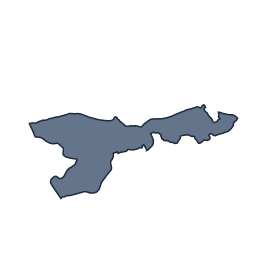 outline of Ovia North-East, Edo, Nigeria, rotated 235°
{"feature_id": "59680162B48615386953659", "entity_name": "Ovia North-East", "entity_type": "district", "adm_level": 2, "iso_a3": "NGA", "parent_name": "Nigeria", "parent_adm1": "Edo", "projection": "mercator", "projection_center": [5.497, 6.396], "detail": "fine", "context": "isolated", "style": "filled", "palette": "slate", "viewbox_px": 256, "rotation_deg": 235, "n_neighbors": 0, "source": "geoboundaries", "source_scale": "gbopen_adm2", "svg_char_len": 5435}
<svg xmlns="http://www.w3.org/2000/svg" viewBox="0 0 256 256"><g transform="rotate(235 128 128)"><path d="M105.4,197.2L105.6,196.7L105.9,196.0L106.2,195.2L106.4,194.4L106.8,193.2L107.6,190.6L108.0,189.5L108.5,188.8L108.8,187.2L109.5,186.0L109.5,184.1L109.9,182.7L110.4,181.1L110.8,179.4L111.1,177.8L112.0,174.0L112.3,172.4L112.7,170.2L113.7,167.0L114.2,165.6L114.7,164.1L115.6,162.3L116.3,160.9L117.2,159.6L117.9,158.5L119.5,156.0L120.3,154.9L121.7,152.5L122.1,151.8L122.1,151.2L122.1,150.4L122.3,149.1L122.2,147.5L122.1,146.8L122.1,145.7L122.1,144.4L121.9,142.4L121.5,141.2L121.3,140.3L121.5,139.2L121.9,138.7L123.0,137.8L123.1,137.7L124.1,136.8L125.2,135.9L125.8,135.1L125.5,134.9L126.2,134.0L126.8,133.3L127.7,132.4L128.0,132.1L128.5,130.9L128.9,129.8L129.7,128.5L131.0,127.2L132.0,126.9L133.2,126.7L134.5,126.3L135.9,125.9L137.3,125.6L138.3,125.2L139.6,125.2L140.6,125.0L141.5,124.6L142.2,124.8L143.0,124.9L143.9,124.5L144.4,124.2L144.6,123.7L144.3,122.6L143.8,121.7L143.4,121.2L143.4,120.6L143.4,119.7L143.8,118.5L144.1,117.7L144.5,116.8L145.2,116.1L145.7,115.4L146.4,114.5L146.9,113.9L147.8,112.8L149.0,111.6L151.1,109.2L152.2,108.2L152.7,107.8L157.7,103.6L158.8,102.7L159.8,101.8L161.8,100.7L163.5,99.4L164.9,98.5L165.2,98.3L166.3,97.6L167.9,96.0L168.8,94.9L170.0,92.9L171.6,90.7L173.0,89.1L173.8,87.5L174.0,85.8L175.1,83.1L175.8,80.9L176.1,80.0L177.2,77.1L178.4,75.2L178.8,73.4L179.2,72.5L179.4,71.9L180.2,70.4L180.7,68.4L181.1,66.9L181.6,65.3L182.3,63.9L183.2,63.0L183.7,60.8L184.2,59.5L184.9,55.2L186.1,53.7L186.9,52.7L188.2,49.8L185.9,49.3L183.8,48.9L182.0,48.6L180.6,48.4L177.6,47.7L175.0,47.0L174.1,47.0L173.2,47.6L172.9,48.1L172.2,49.0L171.3,49.9L170.2,51.0L169.4,51.6L168.0,52.1L166.4,52.9L165.2,52.9L163.6,53.6L160.4,55.3L159.8,55.8L158.9,56.7L158.0,57.6L157.5,58.7L155.7,61.8L149.7,63.2L149.5,63.3L148.9,63.4L148.4,63.2L147.5,62.7L146.4,62.0L146.1,61.7L145.5,61.1L143.7,59.7L143.0,59.7L141.5,59.9L139.7,60.6L138.3,61.9L137.4,62.7L136.9,63.1L135.1,64.8L133.9,66.0L133.1,66.9L132.4,68.0L131.3,68.0L130.8,67.5L130.3,66.4L129.0,64.8L128.7,63.7L128.4,63.0L128.6,60.8L128.4,58.7L128.8,56.6L128.5,55.7L128.4,54.7L128.0,53.6L127.3,51.8L126.4,50.4L126.2,49.9L125.7,48.8L125.4,48.5L125.1,47.3L124.9,46.8L124.9,46.1L124.9,44.5L125.5,43.6L126.0,42.8L126.9,42.3L128.0,42.1L128.9,41.9L129.4,41.6L130.3,40.5L130.5,38.7L130.1,35.8L129.6,35.1L129.2,34.5L128.5,33.8L127.2,33.1L125.7,33.0L123.7,32.8L108.7,32.6L109.1,34.6L108.5,35.9L108.0,36.7L107.7,38.3L107.7,39.0L106.3,41.0L105.6,42.6L104.9,44.6L104.2,46.3L104.0,47.2L103.5,48.1L103.0,49.9L102.6,51.3L102.1,52.2L101.6,53.5L101.6,54.6L100.2,56.6L99.5,57.3L98.3,58.4L97.0,59.1L96.2,60.2L95.6,60.9L94.6,62.4L93.7,64.7L93.5,65.6L94.1,68.2L94.2,68.5L94.6,69.6L95.5,70.8L96.5,72.3L97.6,73.5L98.1,74.4L99.0,75.7L99.5,77.5L99.9,78.9L100.6,81.1L101.1,82.3L101.7,83.8L101.7,84.1L102.0,85.2L102.6,87.0L103.1,89.5L103.6,90.4L104.5,91.5L105.4,92.0L106.3,92.4L106.6,92.5L107.1,92.7L108.7,93.4L109.4,93.8L110.1,94.1L111.0,95.7L111.2,96.4L112.1,98.4L112.8,99.3L113.8,100.2L115.3,100.9L115.6,101.6L115.8,102.0L115.4,102.5L114.6,105.4L113.9,105.2L113.3,105.4L112.8,105.4L112.6,106.3L112.5,107.1L112.3,108.1L111.8,109.0L111.2,110.1L110.9,111.2L110.7,112.1L110.0,112.8L110.0,113.6L110.0,114.3L110.6,115.5L110.0,116.3L109.5,116.8L108.8,117.4L108.1,118.4L107.2,119.5L106.7,120.3L106.5,121.3L106.1,122.1L105.8,122.6L105.3,124.6L105.2,125.4L105.0,126.6L104.5,127.4L104.0,127.5L103.9,128.3L104.1,129.0L105.0,129.3L105.4,129.5L105.3,130.9L105.2,131.3L103.7,131.2L103.2,131.2L102.4,131.2L99.7,130.8L99.2,130.7L98.9,130.3L98.6,131.5L98.5,131.9L99.0,133.1L98.9,133.9L99.2,135.2L99.5,136.8L99.7,137.6L99.9,138.4L100.4,139.2L100.8,139.7L101.7,140.5L102.5,141.1L102.9,141.4L103.5,141.9L103.8,142.0L104.5,142.1L105.7,142.4L106.6,142.7L107.2,142.7L107.5,142.8L108.7,143.0L110.4,143.4L110.3,143.9L110.2,144.3L110.1,145.0L110.1,145.7L110.1,146.3L109.5,146.8L108.5,147.3L107.7,148.3L106.8,150.1L105.7,150.4L105.3,150.5L104.2,150.7L103.8,151.2L103.2,151.0L103.0,150.6L102.6,150.3L101.9,150.3L101.3,150.0L100.2,149.7L99.7,150.1L99.2,149.7L98.3,150.2L97.8,150.3L97.4,150.2L97.0,150.4L96.7,151.3L96.3,151.3L95.9,151.5L95.8,152.2L95.2,153.0L94.3,153.3L93.7,153.9L92.8,154.1L92.2,154.4L91.5,155.1L90.7,156.1L88.9,157.3L88.0,158.2L87.8,158.7L87.5,159.6L87.9,160.5L88.3,161.6L88.8,162.5L89.0,163.7L89.7,164.8L90.1,165.2L90.7,165.7L91.0,166.2L91.1,166.7L91.0,167.3L90.8,168.0L90.7,168.4L90.5,168.7L90.3,169.2L90.0,169.4L89.6,170.7L88.7,171.9L87.7,173.4L86.3,174.5L85.4,174.7L84.0,176.1L83.7,177.0L83.1,177.4L82.2,177.2L81.8,177.0L80.5,176.8L79.1,177.1L76.8,177.1L75.2,177.0L74.3,178.1L74.2,179.4L74.2,180.7L74.2,181.4L74.5,181.9L74.5,183.0L74.0,184.1L73.4,184.7L72.2,186.0L71.8,188.3L72.7,189.5L74.2,190.0L75.8,190.1L76.1,191.1L75.9,192.5L75.1,193.2L73.4,193.7L72.4,194.3L72.0,194.6L71.6,195.0L71.2,197.1L70.6,199.2L70.0,200.8L69.2,203.1L68.6,205.7L67.8,208.3L68.1,211.5L68.9,214.1L69.4,215.4L70.8,216.8L71.8,217.5L72.1,221.5L72.5,222.2L73.1,223.4L76.2,222.8L78.8,221.3L80.9,218.4L82.8,216.6L84.5,215.1L85.8,213.8L87.5,212.8L89.1,211.1L86.5,210.0L85.5,208.6L84.8,208.3L83.0,208.6L82.8,207.2L83.0,206.3L82.2,204.2L83.1,201.6L84.4,201.1L85.6,201.3L86.4,201.8L89.1,201.6L90.9,201.2L93.3,201.2L95.3,201.5L96.0,201.2L97.5,200.7L99.7,201.0L100.6,203.0L100.5,203.4L102.6,203.8L103.6,203.3L103.7,202.4L103.6,201.5L102.8,200.4L102.9,199.0L104.0,198.2L104.7,197.7L105.4,197.2Z" fill="#64748b" stroke="#1e293b" stroke-width="1.5"/></g></svg>